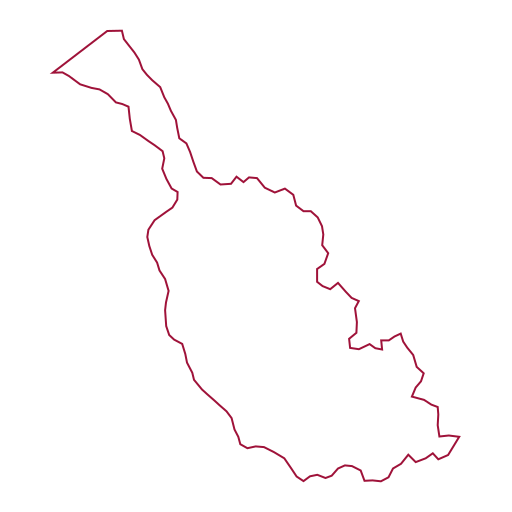 Cumbe, Sergipe, Brazil (Robinson projection)
{"feature_id": "56859067B88215085586778", "entity_name": "Cumbe", "entity_type": "district", "adm_level": 2, "iso_a3": "BRA", "parent_name": "Brazil", "parent_adm1": "Sergipe", "projection": "robinson", "projection_center": [-37.197, -10.328], "detail": "fine", "context": "isolated", "style": "outline", "palette": "rose", "viewbox_px": 512, "rotation_deg": 0, "n_neighbors": 0, "source": "geoboundaries", "source_scale": "gbopen_adm2", "svg_char_len": 2023}
<svg xmlns="http://www.w3.org/2000/svg" viewBox="0 0 512 512"><path d="M338.0,282.9L330.2,289.2L322.6,286.1L317.1,281.8L317.1,269.0L324.4,263.9L328.2,253.2L322.2,245.2L323.3,234.5L322.0,226.2L317.7,217.4L310.8,211.2L303.5,211.2L296.1,205.6L293.3,194.8L284.9,188.6L274.8,192.5L264.8,187.7L257.0,178.1L249.0,177.4L243.5,182.1L236.5,176.7L231.0,183.8L220.5,184.5L211.7,178.1L203.4,177.8L196.9,171.5L193.3,161.6L190.1,152.0L186.4,143.4L179.3,138.3L177.2,127.9L175.9,119.9L170.9,110.8L167.9,103.7L164.3,97.3L160.2,87.1L152.2,80.2L146.9,74.8L142.4,69.2L138.9,59.6L134.4,52.5L129.2,45.9L123.9,39.1L121.9,30.7L107.2,31.0L52.8,72.7L62.5,72.4L68.9,76.0L80.1,84.3L91.5,87.9L99.5,89.4L107.9,94.2L115.9,102.4L122.2,104.0L128.5,106.7L129.8,118.8L131.9,131.0L140.0,135.0L148.2,140.9L154.6,145.2L162.6,151.2L164.3,158.3L162.2,168.7L166.4,178.9L171.6,188.5L177.6,192.0L177.3,199.6L172.4,207.6L166.0,212.0L154.6,220.2L148.4,229.7L147.3,237.0L149.3,246.0L152.2,254.8L157.1,262.6L159.5,270.5L165.1,279.0L168.6,290.9L166.0,302.4L165.1,310.2L166.2,326.1L169.2,335.0L174.1,339.6L182.2,343.9L185.3,354.0L187.0,362.6L192.3,372.8L194.0,379.8L202.0,389.5L207.3,394.3L214.5,400.6L219.4,405.1L226.5,411.3L231.6,418.1L234.5,429.5L238.3,436.8L240.3,444.2L247.4,448.2L255.7,446.4L264.0,447.1L274.1,452.2L284.3,458.3L291.3,468.5L296.6,476.5L303.5,481.1L310.0,476.3L317.3,474.8L325.5,478.0L331.7,475.7L338.0,468.5L344.9,465.4L352.0,466.1L360.7,470.5L364.5,480.8L372.5,480.4L380.9,481.3L388.5,477.3L393.0,468.5L401.0,463.8L408.3,454.7L415.7,462.1L425.7,458.3L432.8,453.3L438.3,459.3L448.1,455.0L454.4,444.7L459.2,436.8L448.8,435.5L439.4,436.5L437.7,425.2L438.3,414.5L437.7,407.0L431.3,404.6L424.1,399.9L411.9,396.6L415.7,387.5L421.0,381.3L423.7,373.3L416.7,366.9L413.2,355.0L407.2,347.6L403.2,341.6L400.7,333.6L394.5,336.5L388.8,340.4L381.2,340.4L382.1,349.5L375.3,348.2L369.6,344.1L358.9,349.2L350.1,347.9L349.1,338.8L356.4,332.8L356.9,322.1L355.0,308.2L358.8,301.1L351.6,297.9L346.0,292.0L338.0,282.9Z" fill="none" stroke="#9f1239" stroke-width="2"/></svg>